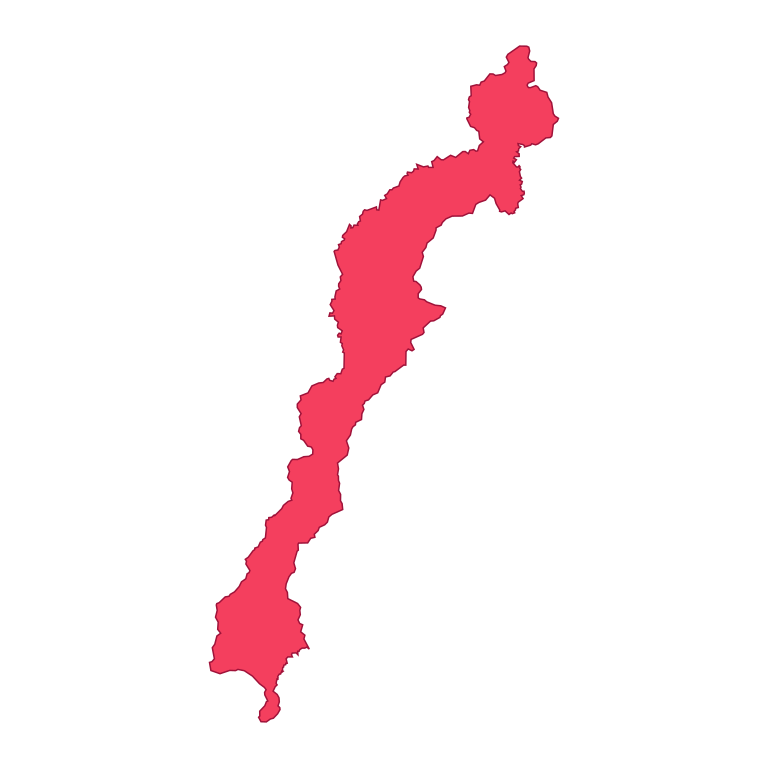 the district of Convención, Norte de Santander, Colombia
{"feature_id": "7082276B19250418981939", "entity_name": "Convención", "entity_type": "district", "adm_level": 2, "iso_a3": "COL", "parent_name": "Colombia", "parent_adm1": "Norte de Santander", "projection": "mercator", "projection_center": [-73.204, 8.833], "detail": "fine", "context": "isolated", "style": "filled", "palette": "rose", "viewbox_px": 768, "rotation_deg": 0, "n_neighbors": 0, "source": "geoboundaries", "source_scale": "gbopen_adm2", "svg_char_len": 6091}
<svg xmlns="http://www.w3.org/2000/svg" viewBox="0 0 768 768"><path d="M261.0,721.7L266.3,721.9L270.4,719.0L273.4,718.2L277.6,713.8L280.0,709.6L279.8,707.6L278.0,705.9L279.3,701.9L279.0,697.8L277.2,694.5L273.1,691.2L275.2,686.7L277.1,684.9L276.1,683.4L276.7,679.9L277.8,679.3L277.2,678.6L278.1,678.0L277.7,676.5L279.7,673.5L279.5,674.2L280.6,674.0L281.7,671.4L282.2,672.0L283.2,671.2L282.4,670.7L282.7,667.5L283.6,667.0L283.8,665.2L285.7,664.6L285.8,663.3L287.2,663.2L286.1,658.8L287.9,656.9L292.4,656.9L291.5,654.8L292.2,653.1L296.2,652.9L297.9,654.7L297.7,651.3L299.0,651.4L299.7,649.7L302.1,648.1L304.9,648.1L306.8,647.1L309.3,649.1L303.9,639.0L304.9,635.2L300.7,631.8L302.7,624.8L299.7,623.5L298.0,619.9L300.3,614.7L299.8,610.3L300.6,607.4L297.6,603.5L287.8,598.6L287.4,592.4L285.5,588.8L286.2,583.8L289.0,576.7L291.5,573.3L294.1,572.3L295.5,568.7L293.8,562.8L297.1,551.2L298.3,550.2L298.0,544.3L298.6,543.1L307.7,542.9L310.7,538.3L314.9,537.3L314.3,534.2L318.1,530.6L319.3,527.3L324.7,524.8L327.4,522.1L328.8,517.0L332.0,514.3L342.7,509.5L342.1,503.6L340.5,500.8L340.6,494.4L338.6,490.5L339.6,483.3L338.5,480.5L338.4,476.1L337.5,474.9L338.5,468.8L337.5,463.0L347.2,455.1L348.8,448.0L346.4,440.8L350.4,435.0L351.7,428.9L353.0,426.7L355.4,424.9L355.7,422.3L361.5,419.5L361.9,413.7L363.9,409.4L362.5,405.2L364.3,403.4L365.0,401.0L368.5,399.9L372.8,394.9L377.7,392.8L381.1,384.7L384.8,382.1L385.5,377.0L390.1,375.9L393.2,372.0L394.9,371.6L403.6,365.1L405.8,365.1L406.0,351.5L408.2,349.0L412.0,350.8L414.1,349.4L410.7,342.5L411.1,339.4L422.5,334.3L424.0,332.5L423.2,327.9L430.5,321.1L433.8,320.8L439.9,317.4L440.5,315.6L442.7,314.1L445.5,307.9L440.8,305.8L435.1,305.2L426.7,301.8L424.4,299.8L419.6,298.9L418.2,297.8L418.2,293.7L421.5,289.5L421.2,287.2L419.9,284.9L416.0,281.5L413.7,281.2L412.9,276.7L416.2,271.0L419.7,268.2L423.4,256.5L422.2,252.3L425.9,247.5L427.0,243.1L433.2,238.0L436.0,230.3L436.1,227.8L441.2,225.1L442.3,222.5L446.0,218.8L452.2,216.1L462.4,216.0L468.9,213.1L472.5,213.4L475.8,204.4L479.0,202.4L485.6,200.1L490.0,194.9L494.5,198.2L496.1,203.6L499.7,209.9L499.6,211.3L501.4,211.9L505.1,210.9L509.0,214.5L511.1,213.0L512.2,213.7L514.7,212.8L514.1,211.4L515.5,209.9L515.6,208.3L518.3,207.5L517.7,203.7L518.3,202.1L523.1,198.6L521.2,195.6L523.9,194.7L524.3,193.2L524.0,191.2L522.5,191.4L520.4,188.6L521.0,187.2L520.2,184.8L521.6,184.1L522.3,181.5L519.5,180.2L521.6,178.1L520.4,176.5L519.4,171.6L520.7,169.4L519.7,168.5L520.0,166.7L519.1,165.7L518.2,167.0L516.4,166.9L512.8,162.7L513.1,161.2L514.4,162.3L516.4,159.7L513.7,158.1L514.6,156.6L519.2,156.4L519.1,153.7L516.6,151.8L518.5,151.0L518.7,148.7L520.7,146.7L518.4,145.6L518.0,143.6L522.8,144.5L524.4,145.6L524.5,147.0L530.7,145.1L531.8,143.7L535.6,144.8L538.2,143.8L545.9,137.9L550.4,137.5L551.9,135.9L553.3,124.5L557.3,121.2L558.5,118.3L554.9,116.1L553.3,113.7L551.6,102.7L548.0,97.0L546.8,92.4L540.1,90.2L537.7,86.7L535.8,85.7L530.6,87.6L528.6,87.6L527.7,86.6L527.1,85.1L528.2,83.1L534.1,80.6L534.0,68.9L536.2,65.6L536.6,63.0L535.0,61.6L530.9,61.4L528.6,59.1L528.0,57.6L529.7,51.0L528.8,47.2L526.8,46.2L519.6,46.1L507.9,54.3L506.3,57.1L508.9,62.4L507.5,64.5L504.3,66.6L506.0,71.1L505.0,72.8L501.9,74.5L495.5,75.5L493.1,74.0L489.9,73.9L484.3,81.0L481.1,82.1L479.7,85.2L476.5,84.8L470.8,86.3L471.2,95.7L469.3,97.0L468.5,99.7L469.5,101.5L468.6,107.5L469.8,110.6L469.3,112.4L470.7,114.2L469.0,117.3L466.9,117.9L466.8,118.7L470.6,126.4L474.5,127.7L476.7,130.4L478.8,131.3L479.7,138.9L483.4,141.8L479.3,145.5L477.6,150.8L476.0,151.2L473.7,149.6L469.9,150.3L468.3,153.7L465.2,151.5L462.7,151.6L455.7,157.4L450.6,155.3L443.4,159.9L441.1,159.7L437.2,156.6L434.0,160.6L431.7,161.6L433.1,167.4L428.6,167.4L427.9,166.0L423.5,166.9L416.7,164.3L418.2,169.0L414.2,168.9L413.5,171.2L411.6,172.7L407.5,172.1L407.1,173.4L408.0,175.2L404.6,176.0L403.0,177.5L400.1,181.9L398.9,186.0L393.4,188.0L391.9,189.8L389.8,189.8L387.3,193.8L384.7,195.4L386.5,198.6L382.5,200.4L380.6,199.9L378.8,210.1L376.7,209.8L376.4,206.9L367.0,210.4L364.6,209.8L363.2,211.3L362.5,214.2L359.6,216.5L360.4,221.0L358.7,221.7L357.4,223.9L357.9,225.3L354.0,225.1L352.8,227.7L350.9,227.9L351.1,225.9L349.5,224.4L346.6,231.7L342.7,235.4L342.4,237.3L344.6,238.7L344.3,240.0L341.5,241.6L341.1,243.7L338.5,244.6L339.3,247.1L337.9,250.0L334.9,250.5L334.1,251.4L338.0,265.2L342.6,274.3L340.3,276.9L340.9,280.6L338.7,283.8L338.6,286.2L339.7,289.0L336.2,290.9L334.9,296.9L335.2,299.0L331.8,299.4L331.9,301.2L330.2,304.6L334.0,310.6L332.5,313.2L329.9,312.9L329.0,316.2L334.4,315.9L334.7,319.1L338.4,322.2L337.4,325.2L337.7,327.6L342.2,330.8L341.0,333.9L339.2,333.2L337.6,335.2L338.1,337.0L341.1,337.0L340.4,342.3L342.3,343.5L341.8,345.7L343.6,349.8L342.7,352.1L344.3,353.0L344.0,368.3L342.3,369.2L340.8,373.7L337.2,373.6L334.9,376.8L336.0,378.4L334.0,379.2L333.0,381.3L329.7,380.3L328.8,378.4L327.0,378.9L323.2,382.5L318.7,383.0L311.9,385.9L308.0,392.9L300.3,395.9L301.0,399.9L297.3,404.1L297.3,407.6L301.1,413.6L299.3,416.8L301.3,425.7L299.5,427.7L298.6,431.4L300.8,434.3L300.8,438.8L303.6,440.3L307.7,446.2L310.9,446.8L311.9,447.9L312.9,449.9L312.7,454.1L309.1,456.3L303.8,456.7L297.5,459.5L292.5,459.4L291.1,460.8L287.7,466.9L289.5,471.6L287.6,477.4L289.1,480.0L292.2,482.2L291.7,488.9L292.9,492.9L291.0,498.3L291.8,500.2L288.2,501.4L283.4,505.4L281.8,508.6L274.8,515.6L274.2,515.0L271.6,517.3L268.8,517.6L268.6,519.7L266.2,520.1L265.5,525.2L266.5,527.4L265.4,537.9L262.8,539.6L262.4,541.2L260.3,542.2L258.2,546.9L254.8,548.1L254.7,549.6L253.0,550.8L248.3,557.2L245.3,559.3L246.5,561.1L245.9,564.0L249.9,570.5L249.1,572.6L247.1,573.8L245.8,578.8L241.5,581.8L239.2,586.5L234.5,591.9L230.3,594.3L229.0,596.3L225.2,596.9L219.1,602.7L216.8,603.6L216.3,605.0L217.2,610.4L215.5,617.2L218.2,622.1L217.7,629.4L220.7,633.2L216.9,636.0L214.8,644.2L212.3,647.7L214.4,658.8L211.9,661.7L209.5,662.4L210.9,670.5L220.0,673.7L229.8,670.4L235.6,670.6L237.9,669.4L244.3,670.7L252.5,676.1L259.5,683.7L264.4,687.4L266.1,689.7L264.6,692.4L264.8,694.9L267.8,701.0L266.4,701.7L264.8,705.8L259.7,711.2L259.8,716.0L258.6,717.3L261.0,721.7Z" fill="#f43f5e" stroke="#9f1239" stroke-width="1.5"/></svg>